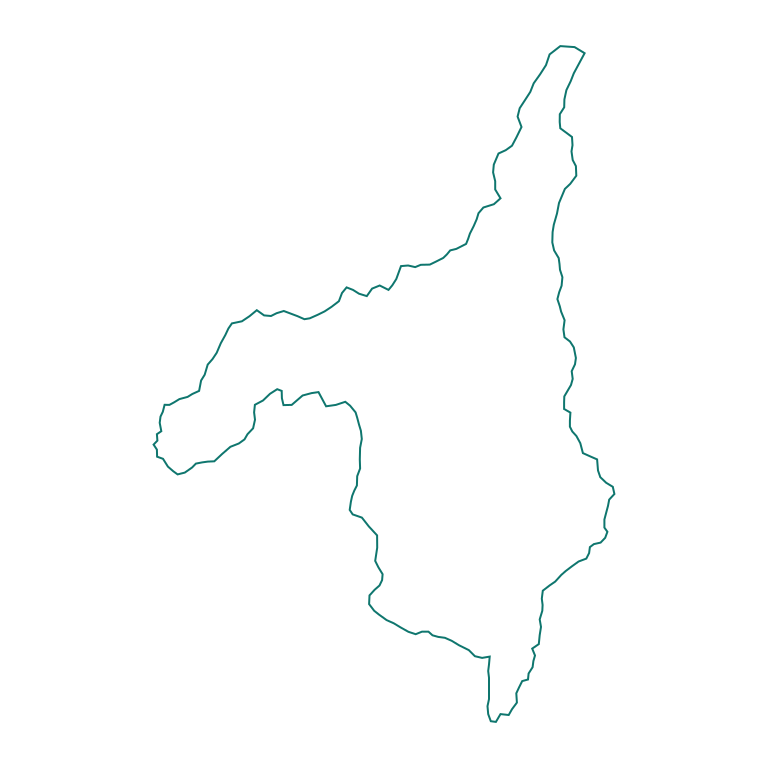 the district of Firminópolis, Goiás, Brazil
{"feature_id": "56859067B11608443354751", "entity_name": "Firminópolis", "entity_type": "district", "adm_level": 2, "iso_a3": "BRA", "parent_name": "Brazil", "parent_adm1": "Goiás", "projection": "natural_earth1", "projection_center": [-50.323, -16.626], "detail": "fine", "context": "isolated", "style": "outline", "palette": "teal", "viewbox_px": 768, "rotation_deg": 0, "n_neighbors": 0, "source": "geoboundaries", "source_scale": "gbopen_adm2", "svg_char_len": 3391}
<svg xmlns="http://www.w3.org/2000/svg" viewBox="0 0 768 768"><path d="M368.8,526.4L377.1,535.4L377.2,547.7L375.2,560.9L378.4,567.3L382.6,574.2L382.1,580.1L379.5,585.5L374.7,589.7L369.5,595.4L369.1,604.1L374.2,610.8L379.0,614.6L386.6,620.1L393.8,623.3L400.4,627.3L408.4,631.8L415.7,634.2L421.9,631.7L428.5,631.7L432.5,635.3L438.2,636.9L444.9,637.8L451.7,640.8L459.1,645.3L468.8,650.1L474.9,656.2L482.1,657.9L489.7,656.6L489.0,664.5L488.2,671.0L489.0,677.7L489.0,687.4L489.0,699.1L487.5,706.2L488.2,714.1L490.8,721.2L495.9,721.9L500.5,714.1L508.7,715.0L512.0,709.2L516.9,702.6L516.3,693.3L519.1,687.3L522.2,681.1L528.0,679.5L528.6,673.5L532.6,667.2L533.4,661.0L535.0,655.5L532.2,648.6L538.8,644.1L539.7,635.1L541.0,626.9L539.7,619.4L542.3,610.8L542.6,605.0L541.8,598.7L542.8,590.7L549.8,585.3L555.2,581.6L561.2,575.0L565.6,571.1L572.2,566.1L578.6,561.5L586.3,558.6L589.1,553.1L589.9,547.1L593.9,544.1L600.6,542.6L605.2,537.8L607.4,531.8L604.4,527.6L604.4,519.5L606.4,511.9L608.0,505.9L609.2,499.6L614.4,494.0L612.8,486.8L606.2,482.8L600.3,477.2L598.0,470.5L597.1,459.4L590.9,456.7L582.9,453.1L580.3,443.2L576.4,436.0L572.3,431.5L569.9,426.7L569.9,420.7L570.4,412.6L564.1,409.0L564.1,402.1L564.3,396.4L571.0,385.0L572.7,378.9L571.7,371.2L575.0,364.3L575.9,358.0L573.8,347.4L570.0,341.5L564.5,337.3L563.4,329.4L564.6,320.2L561.1,311.6L559.8,306.3L557.4,299.1L559.2,292.2L561.6,285.7L562.4,277.2L560.0,269.8L559.5,264.0L558.7,258.1L554.1,250.4L552.3,242.4L552.6,232.1L553.8,224.7L557.0,213.5L559.0,203.0L564.9,188.9L570.2,183.9L576.3,175.7L575.9,166.1L572.7,160.0L571.5,151.4L572.5,145.2L572.0,137.0L560.3,128.3L559.7,122.0L559.8,114.2L564.2,107.3L564.4,99.4L566.4,90.1L570.7,81.2L573.8,73.3L584.6,53.2L574.6,47.1L560.3,46.1L549.6,54.4L546.0,65.1L540.1,74.3L533.7,83.3L530.3,91.9L525.0,100.1L519.7,108.2L517.6,116.6L521.5,127.0L516.3,137.6L512.0,145.7L505.7,150.2L498.5,153.5L493.8,164.6L493.1,172.4L495.2,181.2L495.2,189.5L500.5,198.3L493.9,204.2L483.4,207.5L478.5,213.2L476.7,219.2L473.7,226.1L469.9,233.6L468.2,238.7L466.1,243.9L456.3,248.9L450.2,250.4L446.9,254.4L443.3,257.9L435.6,261.8L429.8,264.6L420.8,264.8L415.2,267.1L408.1,265.5L401.0,266.1L396.3,279.0L392.3,285.3L388.5,289.9L379.7,285.5L372.1,288.6L366.8,296.1L359.0,293.7L353.0,289.9L346.6,287.4L342.0,293.0L338.9,301.2L331.3,307.0L324.6,311.4L317.7,314.8L309.8,318.3L304.4,319.2L297.6,316.2L283.8,311.0L276.6,313.2L271.0,316.0L264.1,315.4L256.8,310.2L249.5,316.2L241.9,321.3L231.9,323.4L228.4,328.5L225.3,335.1L220.8,343.2L216.7,352.8L212.5,359.1L207.7,364.6L204.7,374.7L201.1,380.5L199.1,390.9L192.3,394.0L187.6,396.9L179.4,399.1L174.0,402.4L169.4,404.9L164.6,404.8L162.8,411.8L160.5,416.6L159.7,422.8L161.3,431.2L156.9,434.2L157.4,440.6L153.6,444.6L156.9,449.6L157.1,456.7L163.0,458.8L167.9,466.6L173.2,471.2L177.6,474.4L184.8,472.6L192.1,467.5L195.9,463.6L202.1,462.4L207.8,461.6L214.3,461.3L222.1,454.0L230.4,446.8L238.8,443.5L244.5,439.4L247.5,434.2L253.1,428.3L255.0,419.7L254.1,412.4L254.9,404.8L263.0,400.5L270.0,393.8L277.2,389.2L281.7,390.9L281.9,398.2L283.5,405.1L291.7,404.9L302.6,395.5L311.6,393.1L318.5,392.1L326.1,406.3L335.9,404.9L345.3,401.8L350.1,405.7L355.6,412.4L357.2,417.7L359.0,424.5L360.9,430.8L361.8,439.0L360.1,447.8L359.8,459.5L360.1,468.5L357.2,476.2L356.9,485.5L354.3,490.6L352.2,495.8L350.9,501.7L349.7,509.9L352.7,514.4L361.9,517.6L368.8,526.4Z" fill="none" stroke="#0f766e" stroke-width="2"/></svg>